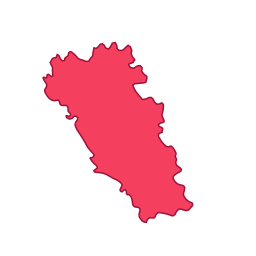 Shklow, Mogilev, Belarus, rotated 50°
{"feature_id": "67162791B50878075194487", "entity_name": "Shklow", "entity_type": "district", "adm_level": 2, "iso_a3": "BLR", "parent_name": "Belarus", "parent_adm1": "Mogilev", "projection": "natural_earth1", "projection_center": [30.382, 54.184], "detail": "fine", "context": "isolated", "style": "filled", "palette": "rose", "viewbox_px": 256, "rotation_deg": 50, "n_neighbors": 0, "source": "geoboundaries", "source_scale": "gbopen_adm2", "svg_char_len": 4598}
<svg xmlns="http://www.w3.org/2000/svg" viewBox="0 0 256 256"><g transform="rotate(50 128 128)"><path d="M153.3,104.7L152.2,103.8L151.6,102.6L150.6,101.7L149.1,101.9L147.7,102.8L147.0,103.0L145.6,103.0L145.0,102.2L145.0,101.3L145.0,100.0L146.0,98.4L146.4,96.3L145.0,95.4L141.2,94.4L139.4,93.2L138.3,91.5L137.5,90.4L135.2,87.9L133.1,86.0L131.5,85.7L130.2,86.3L130.2,87.3L129.2,89.6L127.5,90.9L124.6,90.9L121.9,90.2L119.6,90.5L118.1,92.4L117.5,95.0L116.3,97.3L115.4,98.6L112.7,98.7L110.4,98.7L107.3,98.6L105.2,98.6L102.3,98.1L99.6,97.3L98.2,96.4L98.4,94.4L99.8,92.5L100.8,90.8L101.9,89.2L103.1,87.7L103.8,86.3L104.4,85.1L103.3,83.3L102.7,82.4L101.0,80.6L99.2,80.6L97.8,81.1L96.3,81.2L94.2,81.1L92.9,80.8L91.9,79.5L90.9,78.4L88.2,78.5L86.9,80.1L86.3,81.8L86.2,83.3L86.0,84.9L84.5,86.3L83.3,87.2L81.4,87.2L79.8,86.7L79.6,85.6L80.4,84.1L80.8,83.0L81.1,81.7L80.4,80.7L80.3,79.0L76.4,78.8L74.3,78.3L72.5,77.4L71.3,75.4L67.4,74.0L66.1,74.4L64.7,74.7L64.7,77.0L65.0,81.0L64.7,82.8L62.6,85.1L60.1,85.3L58.3,83.9L54.4,82.8L52.9,85.5L54.4,88.9L55.0,92.3L52.3,93.6L49.0,93.0L46.9,93.6L46.0,95.4L46.6,98.4L46.6,101.1L44.7,102.6L46.4,104.6L47.7,106.3L49.0,107.6L50.0,108.8L50.4,110.4L50.4,111.6L50.8,112.9L51.0,113.6L51.5,114.9L51.1,116.0L50.1,117.1L49.1,117.9L47.1,119.0L45.3,120.1L43.9,121.2L42.4,121.5L39.4,121.5L36.4,121.8L33.2,122.5L32.3,123.2L32.2,125.0L32.9,125.9L34.0,127.4L34.1,128.7L33.9,130.2L34.1,131.8L35.3,132.8L35.3,133.9L34.5,134.9L32.7,135.3L30.9,135.3L29.8,134.8L28.8,134.4L27.6,134.5L26.2,135.0L27.0,136.3L27.7,137.4L27.2,138.7L26.5,140.2L26.2,141.2L26.6,142.5L27.2,143.8L27.8,145.5L30.4,146.3L32.2,146.6L33.3,147.0L34.3,147.9L35.8,149.3L37.6,150.6L39.7,151.9L39.2,153.6L38.6,153.8L37.0,154.1L35.8,154.4L35.2,155.6L36.1,156.6L37.1,157.9L36.8,158.7L35.7,159.4L34.9,160.0L35.0,160.8L36.2,161.3L38.3,161.7L39.9,161.9L41.3,162.1L42.4,162.2L43.1,163.0L43.9,163.8L44.5,165.3L45.1,167.0L45.8,167.8L47.2,168.6L48.3,168.7L50.0,169.1L52.9,169.4L55.9,169.1L57.9,168.3L59.6,167.0L60.4,166.0L61.2,164.4L61.9,163.6L63.2,163.4L64.5,164.0L65.5,164.7L66.7,164.7L66.8,164.7L67.9,164.3L68.7,163.7L69.3,163.0L70.0,161.9L71.0,160.8L72.5,160.5L74.2,161.1L75.5,162.2L76.8,163.1L78.0,163.1L79.6,162.9L80.5,163.1L81.4,164.2L81.2,165.4L80.3,166.3L79.3,166.9L79.0,167.7L80.5,168.3L82.0,167.9L83.4,167.1L84.1,166.2L84.7,164.7L84.6,163.4L84.3,161.9L85.7,160.1L87.9,160.0L89.4,161.8L89.7,163.6L89.9,164.4L90.9,165.8L92.0,166.8L93.7,167.4L96.0,168.1L98.7,168.4L102.1,168.8L106.7,169.4L111.1,170.1L114.6,170.9L117.2,171.3L119.8,171.3L122.7,171.3L124.3,171.2L125.5,171.1L127.1,171.6L127.7,172.7L127.6,174.2L127.3,175.1L126.6,175.8L126.9,176.5L129.7,176.9L131.9,176.9L133.5,176.9L135.4,176.4L136.8,176.4L138.0,176.6L138.9,177.4L138.8,179.4L138.7,180.8L138.7,181.5L139.7,182.0L141.1,181.3L142.4,179.9L143.7,178.7L144.4,178.1L146.2,176.5L149.2,174.6L152.4,173.4L155.4,172.3L157.7,171.4L160.1,170.1L162.5,169.4L164.4,168.9L165.8,168.8L167.6,169.0L168.5,170.2L169.2,171.7L169.9,173.2L170.3,174.0L171.7,174.3L173.0,173.7L173.1,172.9L173.0,171.7L173.0,170.5L173.6,169.7L175.1,169.8L176.9,171.0L177.7,171.6L178.7,171.3L179.3,170.4L180.7,169.9L182.5,169.8L184.4,170.5L186.4,171.5L188.0,172.5L189.2,173.3L190.7,173.9L191.7,173.8L192.7,173.5L193.9,172.6L194.9,171.5L196.2,170.8L198.1,171.0L199.5,172.5L200.2,173.8L201.4,175.1L202.8,176.2L203.6,176.5L205.6,176.8L207.9,176.9L209.3,176.6L210.6,175.9L211.5,175.1L212.0,174.5L211.7,174.2L211.3,173.4L210.7,172.1L210.5,170.2L210.6,169.0L211.7,168.1L213.1,166.6L213.7,165.4L213.4,164.0L212.5,162.7L212.2,161.2L212.2,159.3L213.7,157.7L216.8,155.1L219.7,152.9L221.3,152.0L222.9,151.1L224.0,150.2L224.4,149.6L224.3,148.9L224.5,147.5L224.0,146.6L223.5,145.5L223.1,144.0L222.8,142.4L223.3,140.3L225.0,139.0L226.6,138.1L228.0,137.1L228.9,136.2L229.4,135.3L229.8,133.7L229.5,132.5L229.2,131.1L229.2,130.1L229.0,128.9L228.1,127.4L227.0,127.1L226.2,127.2L224.8,128.0L223.6,128.6L222.2,129.0L219.9,129.3L218.7,129.3L217.0,129.1L215.0,128.6L213.8,127.5L213.0,126.4L212.2,125.2L210.9,123.7L209.9,122.7L208.5,122.6L207.5,122.8L206.5,123.5L205.5,124.2L204.6,124.9L203.3,125.7L201.9,126.2L199.5,126.4L198.7,126.4L196.1,126.0L194.8,125.2L194.2,124.1L194.0,122.8L194.0,121.3L194.1,119.6L194.7,117.5L194.7,116.5L195.0,115.1L193.9,113.7L192.4,113.6L191.1,113.9L188.7,114.7L186.2,114.3L184.5,113.0L183.9,111.9L182.9,110.7L181.3,110.5L180.3,110.2L179.7,109.3L178.5,107.6L176.9,107.0L174.8,106.6L172.0,106.2L169.6,106.6L168.8,107.7L168.8,108.6L168.3,109.4L166.8,110.5L163.4,111.0L159.8,111.0L157.9,110.7L154.1,110.1L152.5,108.8L152.3,107.2L153.3,104.7Z" fill="#f43f5e" stroke="#9f1239" stroke-width="1.5"/></g></svg>